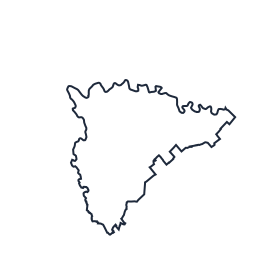 the district of Mesuji, Lampung, Indonesia, rotated 319°
{"feature_id": "22746128B5734020897269", "entity_name": "Mesuji", "entity_type": "district", "adm_level": 2, "iso_a3": "IDN", "parent_name": "Indonesia", "parent_adm1": "Lampung", "projection": "robinson", "projection_center": [105.324, -3.974], "detail": "fine", "context": "isolated", "style": "outline", "palette": "slate", "viewbox_px": 256, "rotation_deg": 319, "n_neighbors": 0, "source": "geoboundaries", "source_scale": "gbopen_adm2", "svg_char_len": 5745}
<svg xmlns="http://www.w3.org/2000/svg" viewBox="0 0 256 256"><g transform="rotate(319 128 128)"><path d="M214.8,176.8L214.1,177.3L213.3,177.5L212.0,176.7L211.5,175.7L210.2,174.2L209.0,173.3L208.5,173.3L206.7,174.2L206.1,174.7L205.1,175.3L203.7,175.7L202.2,174.8L201.6,174.0L201.0,171.9L201.0,171.4L201.2,170.8L201.5,170.0L203.3,168.4L203.9,167.5L204.2,167.0L204.4,166.2L204.4,165.9L203.8,165.3L201.7,164.8L199.9,164.9L199.1,164.7L198.5,163.9L198.2,163.2L197.8,162.7L197.7,162.4L197.6,161.5L197.8,159.1L197.7,157.8L197.1,157.5L196.6,157.4L196.0,157.6L195.5,158.3L195.2,159.7L194.6,160.9L193.8,161.6L192.5,162.3L191.4,161.9L190.3,161.0L190.0,160.3L189.5,159.7L189.0,158.3L188.5,156.1L188.8,154.1L192.1,152.7L192.8,151.7L192.9,150.9L192.4,149.8L191.8,149.0L191.0,149.0L189.7,149.2L187.8,150.1L186.8,150.0L184.5,148.0L183.7,147.5L183.1,147.6L182.4,148.3L182.3,149.6L182.3,151.3L181.9,152.2L181.3,152.6L180.7,152.8L179.5,152.8L178.5,151.8L178.2,151.0L178.2,150.4L178.0,150.0L177.9,149.5L178.0,148.9L179.1,146.3L180.0,143.2L180.6,142.2L181.6,141.2L184.0,138.3L184.4,137.0L183.5,135.3L181.9,132.9L180.5,130.5L180.1,129.2L179.9,128.1L179.8,126.8L179.0,126.0L176.7,124.9L176.2,124.8L175.1,123.9L174.8,123.1L174.3,122.3L174.3,121.5L174.5,120.9L179.7,119.9L179.8,119.3L179.6,118.6L179.3,118.0L176.7,114.8L175.8,114.9L173.5,118.2L171.9,117.9L170.7,117.2L169.4,116.2L167.6,115.3L167.5,115.1L167.4,114.6L168.5,112.3L169.6,109.8L170.2,107.7L169.9,107.1L167.0,105.7L166.1,105.1L165.7,104.6L165.0,103.3L163.9,102.0L162.1,103.5L161.4,105.3L160.2,106.6L159.1,106.3L158.9,106.1L158.5,105.9L158.2,105.6L157.7,105.1L155.8,101.7L155.3,100.9L155.1,100.4L155.0,99.4L155.1,98.9L156.4,96.8L158.2,93.5L158.5,92.6L158.6,92.0L158.4,91.2L157.9,90.4L157.4,90.1L157.2,90.1L156.6,90.2L155.2,90.8L155.3,90.7L153.3,90.9L152.5,90.8L151.2,90.9L150.6,90.8L150.0,90.5L149.2,90.0L148.7,89.1L148.4,88.3L148.0,86.3L147.8,85.8L147.6,85.5L147.0,85.2L146.0,85.4L143.5,86.9L141.8,87.0L139.1,86.7L138.0,86.9L136.2,86.9L135.7,86.6L135.1,86.4L134.7,86.0L134.5,85.6L134.5,84.6L135.1,83.1L135.4,81.8L135.6,79.0L135.8,77.6L136.2,76.6L136.1,75.4L135.7,74.8L135.2,74.4L132.3,73.1L130.2,72.6L128.0,73.0L124.6,73.2L123.1,73.9L121.6,75.5L120.7,76.6L120.0,77.3L119.3,77.5L119.2,78.0L118.6,78.5L117.5,78.5L116.8,78.2L116.4,78.0L115.8,77.0L115.0,74.2L114.9,72.3L115.3,66.6L114.9,64.9L114.4,63.9L112.7,59.5L112.2,58.8L111.2,57.8L110.8,57.6L110.5,57.5L109.5,57.8L108.2,58.4L107.3,59.0L106.9,59.8L106.1,63.3L105.3,65.6L105.1,66.0L104.4,66.9L104.2,67.5L104.1,68.5L104.4,69.7L104.4,72.1L104.2,73.4L103.3,76.6L102.8,77.3L101.5,78.0L101.1,77.9L99.3,77.2L99.1,77.5L98.8,77.4L98.3,78.1L98.1,78.5L98.1,79.3L98.2,80.6L98.1,83.4L97.9,84.7L97.6,85.5L97.6,86.7L97.7,87.3L98.0,87.9L99.6,89.0L99.9,89.3L100.2,89.8L100.4,90.5L100.3,91.9L100.1,92.9L98.5,95.2L97.2,98.6L96.7,100.4L96.1,101.2L95.5,101.8L93.6,102.6L93.3,102.9L92.8,103.6L92.2,105.0L90.7,107.6L88.2,108.9L87.6,109.0L87.4,108.9L86.3,108.0L85.8,105.3L85.3,104.5L84.7,104.2L83.8,104.3L82.7,105.1L81.9,105.4L81.6,105.4L80.1,104.8L78.6,104.5L77.9,104.9L76.6,106.1L75.5,106.9L72.4,108.3L72.2,108.6L69.8,111.9L70.0,113.1L70.3,113.8L70.4,114.6L70.4,114.9L69.2,117.0L68.6,117.8L66.5,118.1L65.8,117.4L65.6,116.3L65.4,116.1L65.2,116.0L65.0,115.4L62.2,116.8L61.2,119.6L61.4,121.2L61.6,121.6L63.1,122.3L63.1,122.8L63.3,123.7L63.0,127.6L61.1,128.9L60.9,129.1L60.9,130.6L61.3,131.8L60.5,133.5L59.2,135.5L57.6,134.6L56.5,134.7L55.9,135.4L55.7,137.4L54.8,137.6L54.0,139.8L54.0,140.3L53.9,140.5L53.8,141.9L53.8,142.1L53.7,142.3L54.7,143.8L54.8,143.8L54.9,143.4L55.5,143.2L56.1,143.4L56.5,143.9L56.9,144.2L57.1,144.5L57.7,145.1L57.6,145.3L58.1,146.4L57.4,149.0L56.4,149.7L55.9,149.5L55.6,149.4L55.3,149.6L54.8,148.7L54.6,148.8L53.2,148.0L52.1,148.0L51.7,148.1L51.6,148.3L51.3,148.5L50.6,149.5L50.2,150.3L50.3,153.4L49.0,153.8L48.3,154.7L48.1,155.3L48.1,155.5L48.3,155.4L48.4,155.8L48.1,156.1L48.1,156.5L47.8,156.5L47.7,157.2L47.3,157.6L47.2,158.8L46.8,159.0L47.0,159.4L43.0,163.0L43.1,163.6L43.5,164.3L43.5,164.5L43.0,165.5L43.2,165.8L43.5,166.1L43.6,166.8L43.3,167.0L43.7,167.4L43.6,167.7L43.8,168.2L43.9,168.9L43.8,169.1L43.9,169.3L43.6,169.6L43.4,170.2L43.2,170.7L43.1,171.0L42.8,171.0L42.1,171.5L41.7,171.9L41.8,172.0L41.6,172.3L41.4,172.3L40.8,172.9L40.8,173.2L40.5,173.5L40.3,174.0L40.1,174.5L40.0,175.2L41.3,176.1L43.1,177.9L42.7,178.1L43.5,179.7L42.7,180.3L44.7,182.2L45.8,184.7L45.2,187.3L43.6,193.4L44.1,193.8L44.2,196.3L44.7,196.8L47.1,196.8L47.6,197.3L48.9,197.4L48.9,195.8L49.4,195.9L49.4,194.3L51.4,193.3L53.1,193.0L55.2,192.8L55.1,193.9L54.4,193.9L54.4,198.5L57.9,196.1L58.2,196.3L60.1,194.8L61.1,197.2L61.6,198.0L62.2,198.5L63.4,198.1L63.0,196.9L63.4,192.1L64.3,192.1L66.5,191.3L67.8,191.0L70.7,189.0L72.4,188.2L73.9,188.2L74.1,187.5L75.3,186.6L76.2,184.9L77.3,184.2L77.7,183.7L78.0,183.7L78.4,183.3L79.8,183.4L81.9,185.4L84.8,187.6L86.1,189.2L86.6,189.5L87.6,189.2L89.1,189.0L96.7,188.7L104.3,181.2L105.2,180.2L106.7,180.5L116.3,180.7L118.3,181.2L118.6,171.9L119.5,172.1L123.9,172.4L124.1,171.7L125.2,170.1L125.6,169.6L126.0,169.5L126.3,169.8L126.8,170.5L127.2,170.6L127.6,170.6L127.6,169.1L129.4,169.1L130.7,168.9L133.4,168.9L133.6,171.1L133.4,173.5L133.4,175.0L133.1,175.9L133.0,180.9L136.2,180.9L136.2,181.2L141.8,181.1L142.0,180.7L142.9,180.5L143.9,180.4L144.1,180.2L144.0,173.3L149.5,172.8L153.1,172.3L153.0,180.8L158.6,180.8L159.8,182.0L162.2,182.7L163.0,183.4L163.0,182.8L168.3,186.0L168.3,185.8L170.2,186.9L170.7,187.6L172.3,188.2L173.5,188.8L176.5,189.3L177.2,189.7L178.5,191.5L178.5,197.1L181.3,197.5L182.3,197.5L183.1,196.1L190.2,196.6L190.3,192.5L190.5,191.5L190.5,190.6L194.0,190.3L197.4,189.7L197.4,189.2L206.6,188.3L207.0,191.7L216.0,190.1L215.3,180.7L215.0,179.8L214.5,178.9L214.8,176.8Z" fill="none" stroke="#1e293b" stroke-width="2"/></g></svg>